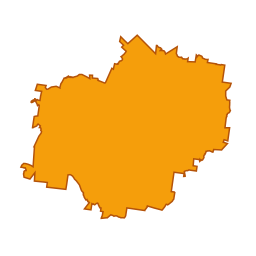 Ahumada, Chihuahua, Mexico (Mercator projection), rotated 98°
{"feature_id": "50627088B53671513789035", "entity_name": "Ahumada", "entity_type": "district", "adm_level": 2, "iso_a3": "MEX", "parent_name": "Mexico", "parent_adm1": "Chihuahua", "projection": "mercator", "projection_center": [-106.345, 30.427], "detail": "fine", "context": "isolated", "style": "filled", "palette": "amber", "viewbox_px": 256, "rotation_deg": 98, "n_neighbors": 0, "source": "geoboundaries", "source_scale": "gbopen_adm2", "svg_char_len": 5581}
<svg xmlns="http://www.w3.org/2000/svg" viewBox="0 0 256 256"><g transform="rotate(98 128 128)"><path d="M77.8,36.4L73.3,32.9L69.4,32.1L69.4,41.0L52.3,40.9L52.2,44.5L52.5,44.6L52.8,45.1L52.7,45.4L52.7,46.0L52.6,46.3L52.7,47.9L52.5,48.8L52.7,49.4L52.2,49.4L52.1,58.5L49.0,58.3L49.1,58.7L49.2,59.9L49.2,61.2L48.8,62.2L48.8,62.4L48.5,63.3L48.3,63.7L48.3,64.0L47.1,64.5L46.7,64.9L46.4,65.8L46.3,66.7L46.0,67.1L45.9,67.9L45.9,68.1L46.3,68.4L46.6,68.6L46.9,69.0L47.2,69.1L47.4,69.3L47.6,69.4L47.2,69.5L46.7,69.7L46.1,70.5L53.2,70.7L54.0,78.2L50.5,78.2L51.4,79.1L51.4,79.5L51.8,80.8L51.7,81.1L51.9,81.8L51.9,82.0L51.7,82.2L51.9,83.3L51.5,84.0L50.7,84.4L50.5,84.7L50.4,85.1L50.7,85.7L50.8,87.6L50.5,88.0L50.0,89.0L48.5,89.8L47.6,90.5L40.7,90.6L49.5,101.1L47.7,101.9L47.7,102.0L47.2,102.5L46.5,103.2L46.6,105.8L46.8,106.8L45.9,106.3L45.3,105.8L45.3,105.6L45.1,105.7L45.1,105.9L44.3,106.6L44.0,107.2L44.0,107.8L43.6,109.4L43.2,109.7L43.1,109.9L42.3,110.5L42.2,110.9L42.3,111.3L50.6,111.0L34.8,131.8L44.5,139.9L42.1,143.3L38.6,147.9L43.5,148.3L46.6,143.9L48.8,145.5L51.0,142.4L52.2,140.5L52.4,140.6L53.4,140.9L54.2,141.4L54.8,141.9L55.5,142.1L57.2,143.8L57.8,144.0L58.3,144.8L58.6,144.5L60.0,143.2L60.5,143.0L61.3,143.1L62.3,144.0L62.6,144.4L62.6,144.9L62.7,145.2L63.1,145.4L63.4,145.9L65.0,146.4L65.2,146.6L65.4,147.0L65.7,147.3L66.0,147.5L66.1,147.4L66.1,147.6L66.4,147.7L66.2,150.2L71.8,150.7L71.1,152.3L85.5,156.4L86.6,157.0L86.7,157.5L85.0,164.4L84.0,164.4L83.2,164.9L83.5,170.2L80.7,170.5L81.0,173.4L84.4,172.7L82.9,176.6L81.4,181.1L81.8,183.7L83.6,185.4L85.2,189.0L85.4,189.3L85.6,189.4L85.3,190.5L85.7,190.6L85.3,191.8L85.8,191.9L85.4,193.1L85.8,193.2L85.6,193.8L85.2,193.6L84.9,194.2L85.8,194.5L85.6,195.0L86.5,195.4L86.3,195.9L86.8,196.1L86.7,196.2L86.9,197.0L87.3,197.0L87.5,197.2L87.5,198.2L91.7,199.7L93.4,200.6L97.4,201.1L97.8,201.0L96.7,204.9L98.1,209.6L100.7,212.8L101.0,213.9L100.5,214.4L100.1,214.8L99.6,215.3L99.4,215.5L97.3,215.0L97.3,223.9L103.7,225.0L103.7,218.6L106.1,218.8L107.9,218.9L108.2,219.0L113.0,219.0L112.9,221.0L112.5,221.9L113.6,222.6L112.1,223.8L112.1,224.4L113.0,224.3L113.2,224.6L113.3,225.4L113.6,225.5L113.8,226.0L113.8,226.3L114.5,226.8L114.7,227.3L115.2,227.5L115.3,227.4L115.9,227.5L116.0,227.5L116.2,227.0L115.9,226.7L115.9,226.2L115.2,225.4L113.8,223.7L116.9,221.4L118.4,220.7L117.4,219.6L118.1,219.0L128.6,219.0L129.2,221.3L129.7,222.5L141.0,222.6L141.0,222.2L140.1,221.1L139.8,220.5L138.7,218.7L137.2,218.1L136.6,217.6L138.1,215.1L139.9,215.8L139.8,214.7L140.1,214.5L140.7,214.1L141.1,214.1L141.6,213.9L142.4,214.1L143.5,213.1L145.1,213.3L148.5,215.1L159.7,218.5L159.7,218.0L179.6,216.6L179.2,217.6L178.7,218.4L177.8,221.9L177.5,224.5L177.6,226.3L179.6,228.0L181.7,228.6L181.8,225.1L182.0,225.1L181.8,224.1L182.4,223.9L183.2,223.3L184.2,223.0L184.2,223.3L184.5,223.7L184.5,223.9L185.0,224.7L186.0,225.0L186.5,224.8L186.8,224.9L187.0,224.8L187.9,225.1L191.2,224.1L192.2,218.0L185.2,214.0L193.6,213.3L193.2,203.3L193.2,200.3L197.9,200.3L197.4,181.0L192.9,180.9L182.8,180.9L182.3,179.0L182.3,178.2L182.9,177.2L183.0,176.8L183.2,176.3L184.5,175.1L185.2,174.4L185.9,174.0L187.5,171.8L191.1,168.2L196.2,165.5L197.2,164.6L198.2,163.2L198.4,163.1L199.6,163.2L199.8,163.1L199.8,162.9L200.6,162.9L201.8,162.0L202.3,161.9L202.8,161.6L205.1,159.7L204.7,159.0L204.8,159.0L205.0,159.0L205.0,158.9L205.0,158.7L205.2,158.2L205.5,158.1L205.8,157.8L205.7,157.8L205.9,157.6L206.3,157.4L206.4,157.5L206.5,157.4L206.7,157.2L206.6,156.8L207.2,155.9L214.2,159.9L214.2,153.3L207.9,153.2L208.2,152.3L208.1,152.0L208.3,152.0L208.2,151.7L208.4,151.3L208.4,151.1L208.7,150.5L208.7,150.3L207.2,148.9L206.6,147.6L207.0,147.2L208.3,146.6L209.0,145.9L209.5,145.8L210.0,145.5L210.2,145.2L210.3,145.1L210.4,144.9L210.6,144.9L211.0,144.7L211.0,143.6L214.2,143.6L214.3,141.1L218.4,141.3L220.5,141.9L221.2,141.9L219.9,136.7L219.9,136.1L216.3,132.9L216.6,131.9L216.7,130.9L216.9,130.5L217.0,130.2L217.3,129.7L217.2,129.6L217.0,128.8L216.8,128.6L216.6,127.3L216.8,126.4L217.4,125.0L217.5,124.6L217.5,123.8L217.9,122.6L217.6,121.0L217.5,119.1L216.2,118.4L215.2,118.1L207.3,118.0L207.4,99.9L207.1,99.9L204.0,98.2L204.0,98.3L202.5,98.0L203.6,90.8L204.4,84.1L204.6,83.0L204.6,82.9L204.1,82.5L201.0,80.7L198.5,79.7L198.2,79.5L198.2,79.0L198.3,78.6L198.6,78.2L198.3,77.7L198.1,77.4L194.7,74.2L194.1,73.8L193.3,73.6L192.4,72.9L192.0,72.8L185.5,72.7L185.5,72.9L185.0,73.2L184.9,73.3L185.0,76.3L165.4,76.3L165.3,66.1L168.2,66.1L168.0,65.3L168.0,65.0L167.9,64.7L167.3,64.8L163.4,66.1L163.2,66.2L162.9,65.8L162.1,64.3L162.0,63.2L161.8,63.0L161.7,62.6L161.4,62.3L161.0,61.8L161.1,60.9L161.1,54.3L156.4,54.3L156.3,58.2L149.4,58.6L149.3,52.5L149.5,52.5L150.4,52.6L151.1,52.3L150.7,52.0L150.1,51.7L149.6,51.6L149.4,51.7L149.6,51.4L150.1,51.2L150.4,51.2L150.0,51.0L149.7,51.0L149.4,50.8L149.5,50.6L149.4,49.8L147.1,48.8L146.4,48.7L145.6,49.0L145.0,49.0L144.3,48.8L144.0,48.4L143.7,48.2L143.0,48.1L142.8,48.2L142.6,47.8L140.9,47.5L140.4,47.4L140.5,47.2L139.6,46.1L139.6,45.4L139.4,44.9L139.3,44.3L139.2,44.0L139.3,43.9L139.5,43.2L139.5,42.9L139.9,41.9L140.1,40.7L139.9,40.4L138.9,40.5L138.5,40.3L138.4,40.2L137.4,40.2L136.7,32.2L136.1,31.9L129.6,27.4L128.8,31.7L126.2,31.2L126.9,27.4L113.6,27.4L114.3,32.0L104.2,32.2L103.7,32.0L103.4,32.1L103.0,31.9L102.8,31.9L102.6,31.7L102.2,31.7L101.6,32.1L101.3,32.1L100.8,31.8L100.7,31.6L100.0,31.5L99.6,31.2L99.2,30.7L99.0,30.2L98.4,29.8L97.7,29.5L97.6,29.3L96.6,29.3L96.3,29.1L95.9,29.5L95.0,29.9L93.2,30.4L91.3,30.5L89.5,30.7L88.5,30.8L87.6,31.1L87.1,31.0L86.4,31.0L86.4,34.0L82.8,35.7L77.8,36.4Z" fill="#f59e0b" stroke="#b45309" stroke-width="1.5"/></g></svg>